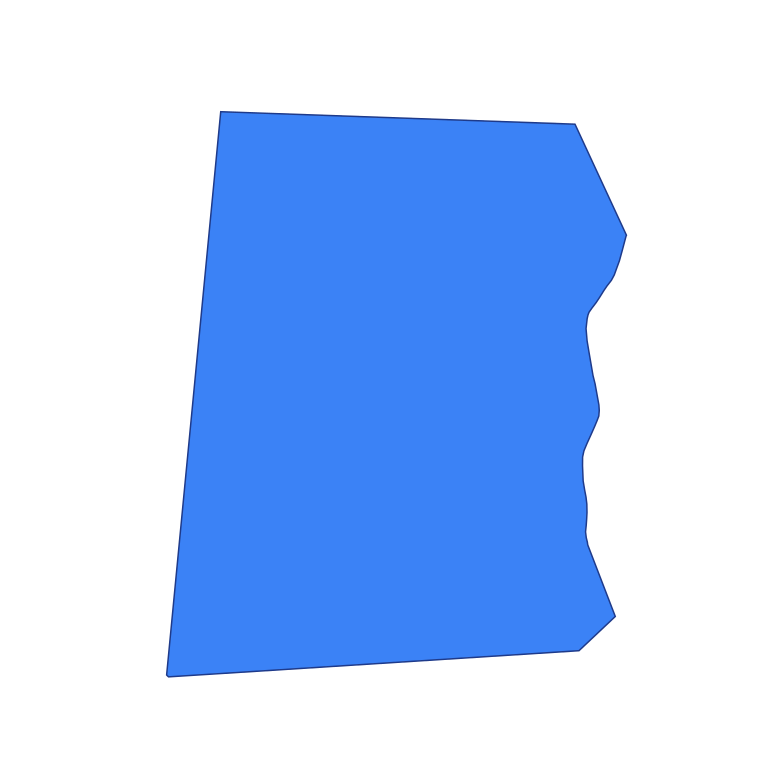 outline of Fond Capeche, Vieux Fort, Saint Lucia, rotated 260°
{"feature_id": "8701671B47563764529661", "entity_name": "Fond Capeche", "entity_type": "district", "adm_level": 2, "iso_a3": "LCA", "parent_name": "Saint Lucia", "parent_adm1": "Vieux Fort", "projection": "robinson", "projection_center": [-60.949, 13.775], "detail": "fine", "context": "isolated", "style": "filled", "palette": "blue", "viewbox_px": 768, "rotation_deg": 260, "n_neighbors": 0, "source": "geoboundaries", "source_scale": "gbopen_adm2", "svg_char_len": 758}
<svg xmlns="http://www.w3.org/2000/svg" viewBox="0 0 768 768"><g transform="rotate(260 384 384)"><path d="M135.2,119.4L134.0,120.2L133.0,121.0L87.5,529.7L114.9,571.4L190.2,556.7L192.9,556.8L197.5,556.5L203.4,556.8L209.7,558.6L215.7,560.1L222.2,561.6L230.5,562.9L237.5,563.3L244.4,563.2L254.0,563.3L268.9,565.3L277.6,566.9L283.5,569.3L290.2,573.6L298.2,579.1L305.5,584.0L310.8,587.4L315.2,590.0L320.6,591.4L326.0,592.0L347.5,591.9L356.1,591.3L379.0,591.4L391.2,591.5L403.5,592.6L413.0,595.4L416.6,596.9L419.1,598.4L422.7,602.0L427.3,607.0L431.8,611.3L437.9,616.8L441.8,620.6L446.6,625.9L451.4,629.7L457.5,633.2L464.4,637.2L474.1,641.8L487.5,648.0L488.4,648.6L606.7,617.2L680.5,270.5L135.2,119.4Z" fill="#3b82f6" stroke="#1e3a8a" stroke-width="1.5"/></g></svg>